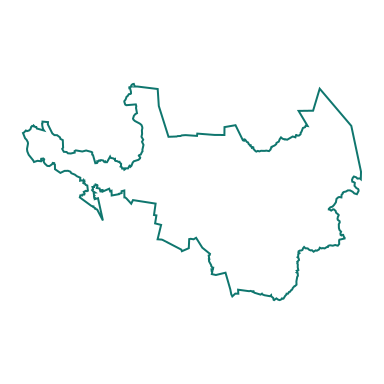 the district of Acaponeta, Nayarit, Mexico
{"feature_id": "50627088B8986621841937", "entity_name": "Acaponeta", "entity_type": "district", "adm_level": 2, "iso_a3": "MEX", "parent_name": "Mexico", "parent_adm1": "Nayarit", "projection": "orthographic", "projection_center": [-105.305, 22.461], "detail": "fine", "context": "isolated", "style": "outline", "palette": "teal", "viewbox_px": 384, "rotation_deg": 0, "n_neighbors": 0, "source": "geoboundaries", "source_scale": "gbopen_adm2", "svg_char_len": 5967}
<svg xmlns="http://www.w3.org/2000/svg" viewBox="0 0 384 384"><path d="M319.7,88.7L313.1,110.7L298.6,110.9L307.6,126.0L305.7,125.7L305.0,127.2L302.9,128.0L301.5,131.7L300.6,132.9L300.7,133.9L300.2,134.6L298.9,135.6L297.4,135.6L296.5,135.0L296.0,135.1L295.4,137.3L292.7,136.5L287.2,139.7L285.0,139.2L284.8,139.5L282.5,138.7L281.0,137.4L279.7,139.2L278.8,141.6L276.5,142.9L276.2,144.2L274.6,145.5L271.5,146.9L271.6,147.5L270.9,148.1L270.6,149.5L269.0,151.1L266.1,150.6L265.0,150.9L261.0,150.8L259.3,151.4L257.8,150.9L256.3,151.6L255.4,151.0L253.6,149.1L253.3,147.5L252.1,147.8L252.2,147.0L251.4,146.9L250.5,146.0L250.7,145.4L249.9,145.3L249.9,144.9L248.7,144.1L248.1,142.5L246.8,141.9L245.2,139.7L244.4,139.4L244.0,140.7L242.9,140.3L235.5,125.2L224.5,127.1L224.4,135.0L214.1,134.9L197.3,133.6L197.0,135.9L185.5,135.1L181.7,135.4L180.6,136.0L177.6,136.1L176.7,136.5L168.5,136.8L158.8,106.0L157.7,89.0L137.1,86.5L134.5,86.5L134.8,86.0L134.3,85.4L133.8,83.9L132.8,84.1L131.1,85.2L130.9,84.9L131.7,86.6L129.3,87.3L129.4,88.4L130.1,88.5L130.9,91.5L131.0,93.4L130.6,93.9L128.8,94.2L127.6,96.1L126.6,96.7L125.6,99.5L124.3,101.2L124.4,102.1L125.2,104.5L126.3,105.2L135.8,104.4L136.3,106.2L136.0,107.9L137.0,113.2L135.3,114.1L133.9,115.8L133.0,118.7L133.5,119.7L134.9,121.0L139.8,123.6L141.4,124.9L142.1,126.5L142.4,128.0L141.9,130.3L142.1,133.9L141.5,136.8L143.2,139.7L142.0,141.8L143.5,144.9L142.4,149.7L142.5,151.4L141.9,152.1L140.8,154.5L139.2,155.1L138.8,155.7L140.2,157.5L140.0,158.4L138.5,159.8L133.8,161.3L132.7,162.6L131.4,165.9L130.5,166.7L130.1,165.7L129.6,165.6L128.0,168.4L125.7,168.3L125.2,169.1L124.3,169.7L123.9,168.3L122.2,168.6L121.7,167.1L120.6,166.6L121.0,165.9L121.1,163.8L119.8,162.6L119.5,161.8L118.4,161.9L117.4,161.2L115.5,160.9L115.0,160.5L115.0,158.8L114.1,159.0L113.3,158.4L110.7,157.9L110.1,156.6L107.0,162.2L105.2,162.2L105.1,161.4L104.0,161.7L103.2,160.5L101.0,160.1L99.6,160.4L99.7,160.7L98.8,160.6L98.5,161.2L97.4,161.2L97.6,162.1L97.3,162.7L96.3,162.6L96.4,163.1L95.3,163.2L93.0,155.1L92.2,154.6L92.2,152.4L91.4,151.9L86.1,150.5L82.3,151.5L75.8,150.4L74.6,151.1L74.7,152.6L70.8,153.5L67.9,153.3L66.6,152.0L63.8,151.8L62.2,148.9L63.1,147.7L62.8,140.1L60.4,138.9L60.0,137.4L57.1,135.2L54.4,135.1L52.3,133.4L47.8,124.3L48.0,122.1L42.5,121.6L42.4,123.5L42.1,123.6L42.3,126.0L43.1,129.2L44.0,130.5L36.8,128.5L36.3,127.0L35.2,127.0L33.6,125.5L33.2,126.3L32.1,126.0L31.8,126.3L31.2,126.9L30.5,129.1L29.0,130.5L27.0,131.1L25.9,130.5L24.0,132.5L23.0,133.0L25.1,138.3L26.5,139.7L27.8,142.1L28.0,143.6L27.0,149.0L27.3,151.4L28.7,154.8L33.2,160.4L34.0,162.0L37.5,160.8L41.2,161.3L41.9,160.4L41.1,159.5L41.2,158.8L43.4,158.5L44.2,159.3L43.7,161.0L44.0,162.4L44.9,163.7L47.3,165.9L49.4,166.1L52.0,164.3L52.8,162.9L54.1,163.1L54.0,164.0L54.9,164.5L55.0,169.2L60.4,172.9L64.5,170.9L68.0,170.8L70.4,171.7L71.3,173.2L74.8,174.6L77.0,176.3L80.3,177.7L80.1,180.7L81.7,180.4L82.9,180.7L83.4,180.1L83.5,180.5L84.1,180.5L83.5,182.4L84.4,182.1L84.1,183.5L85.2,184.0L85.7,184.9L87.3,185.5L87.9,190.7L86.9,191.2L85.8,190.8L83.8,191.9L84.6,193.5L84.3,194.5L82.4,194.6L82.2,195.5L80.4,195.3L79.8,197.4L91.4,205.9L93.3,206.4L93.1,206.9L95.2,208.2L95.1,208.7L97.2,209.6L102.9,220.5L98.0,198.2L94.9,199.1L95.0,198.1L94.3,198.1L94.1,197.0L94.0,196.3L94.5,195.6L94.0,195.2L93.7,192.8L95.1,192.6L93.1,191.3L92.1,190.1L93.0,189.3L92.5,187.0L94.1,187.0L94.3,185.6L95.5,185.3L95.6,184.5L97.3,185.1L97.5,185.8L96.8,188.0L99.6,188.5L100.4,191.4L101.7,191.5L101.4,190.1L102.6,190.0L102.8,191.5L109.2,188.7L110.2,191.4L111.5,190.8L111.7,195.5L118.9,194.2L118.9,193.8L121.6,193.1L121.6,191.2L124.3,190.5L124.4,197.4L125.1,197.4L126.4,198.4L131.2,203.7L133.0,200.1L155.6,203.6L154.0,215.0L156.4,215.4L155.1,223.4L161.1,224.9L157.6,239.3L161.8,239.6L163.0,240.1L181.3,249.6L181.9,251.2L188.8,248.2L189.2,239.1L190.7,238.8L193.6,239.3L196.1,237.8L202.3,247.7L210.0,253.9L209.6,255.1L208.7,255.5L209.3,259.1L208.9,259.1L209.1,261.4L211.2,265.2L211.2,266.0L212.4,267.6L213.2,267.7L212.9,269.5L211.5,269.4L211.7,271.3L212.3,271.5L211.8,274.1L215.9,275.0L225.5,272.7L230.3,289.4L231.3,294.4L232.3,296.4L235.3,293.6L238.3,293.7L238.1,289.7L249.1,291.2L250.8,290.9L253.0,292.0L253.5,292.0L253.2,291.4L253.5,290.4L253.5,291.5L254.3,292.7L260.5,294.6L261.9,293.7L262.2,294.3L264.3,295.2L269.9,296.2L271.1,295.2L271.2,296.3L273.2,297.9L273.6,299.8L274.1,300.1L276.4,298.4L278.2,299.7L279.7,300.1L281.4,299.3L282.0,298.4L282.9,298.8L283.5,298.6L285.3,295.7L286.5,294.5L286.6,293.7L288.1,293.6L289.0,292.0L290.1,291.7L291.0,290.3L292.1,289.6L292.8,288.0L294.5,286.1L295.0,286.1L296.5,284.7L296.4,281.4L297.2,276.9L297.9,275.8L297.7,273.3L296.8,272.6L297.4,272.3L297.3,271.1L296.9,270.7L298.3,270.1L297.7,267.2L297.8,264.5L297.3,263.5L297.7,262.8L297.2,261.9L299.0,260.0L298.6,258.2L297.5,257.2L298.2,256.4L298.2,254.3L299.4,253.2L298.4,252.6L298.6,251.3L300.0,250.5L301.2,250.5L302.4,250.0L303.1,248.2L304.1,247.0L305.4,248.3L307.7,248.4L309.2,249.8L310.6,250.4L311.9,250.2L313.6,251.7L315.6,250.4L316.9,250.7L319.1,249.4L319.8,247.7L321.5,248.4L322.8,248.1L324.7,248.4L326.7,247.1L327.9,247.0L328.3,245.8L330.1,245.3L332.8,245.7L335.2,245.0L337.8,245.7L339.2,244.0L339.1,240.7L339.4,239.7L344.6,238.5L344.6,237.7L343.8,236.7L343.2,234.9L342.0,234.9L341.4,235.4L340.6,234.9L340.4,233.3L341.1,231.7L339.5,230.0L338.9,228.0L338.8,224.2L339.7,222.5L339.6,221.2L337.8,219.8L337.5,218.8L337.9,216.8L338.7,215.3L338.6,214.8L336.1,212.7L335.6,210.9L333.9,209.4L333.1,209.3L331.2,210.6L329.3,209.4L328.8,209.4L328.8,208.9L330.4,207.3L332.5,206.6L334.1,204.9L335.9,202.3L336.5,198.9L338.0,197.5L339.1,197.0L341.4,197.4L341.6,194.8L342.8,193.5L342.8,192.7L343.8,192.0L346.0,191.5L347.8,190.4L350.1,190.4L352.7,191.8L354.3,193.4L356.9,194.2L358.6,190.9L358.4,189.5L358.1,189.0L356.4,188.1L354.5,185.8L354.8,182.8L353.6,182.0L352.3,181.7L352.0,179.9L352.8,177.8L353.9,176.5L356.3,177.4L357.4,178.6L359.9,178.4L360.8,179.2L361.0,171.7L351.3,125.9L319.7,88.7Z" fill="none" stroke="#0f766e" stroke-width="2"/></svg>